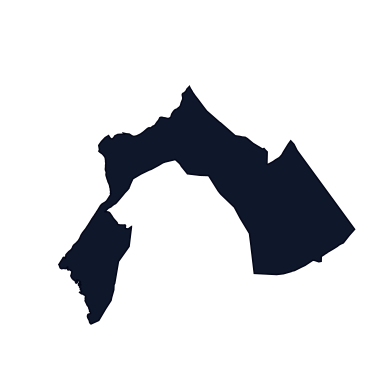 outline of Marquelia, Guerrero, Mexico, rotated 75°
{"feature_id": "50627088B62824552173050", "entity_name": "Marquelia", "entity_type": "district", "adm_level": 2, "iso_a3": "MEX", "parent_name": "Mexico", "parent_adm1": "Guerrero", "projection": "mercator", "projection_center": [-98.747, 16.624], "detail": "fine", "context": "isolated", "style": "filled", "palette": "ink", "viewbox_px": 384, "rotation_deg": 75, "n_neighbors": 0, "source": "geoboundaries", "source_scale": "gbopen_adm2", "svg_char_len": 6051}
<svg xmlns="http://www.w3.org/2000/svg" viewBox="0 0 384 384"><g transform="rotate(75 192 192)"><path d="M274.6,51.4L270.1,44.6L179.1,79.8L172.3,81.2L168.1,83.4L170.8,86.7L177.0,93.3L179.3,95.5L179.7,96.0L180.8,97.8L181.3,98.4L182.6,103.0L183.7,105.9L184.3,108.5L184.6,109.7L184.8,110.8L185.1,111.6L184.5,112.1L184.0,112.3L172.7,109.0L170.7,110.2L169.2,110.9L168.6,111.2L168.8,112.6L168.8,112.8L160.8,120.5L154.8,124.7L152.9,126.5L151.9,129.3L150.7,131.5L148.9,135.7L132.5,146.7L132.4,147.0L117.6,156.9L112.8,158.9L103.3,162.7L99.6,164.3L98.6,164.6L95.7,165.7L94.8,165.8L93.7,166.2L92.8,166.4L92.7,166.5L89.7,167.2L89.4,167.2L91.3,170.3L92.7,171.4L93.3,172.4L93.9,173.2L94.2,174.0L94.4,175.2L94.8,175.8L95.2,176.1L95.8,176.3L98.7,176.5L99.9,177.0L100.6,177.4L101.4,178.1L103.3,179.5L104.3,180.0L105.3,180.6L106.1,181.3L106.5,181.8L106.8,182.3L107.0,183.0L107.3,183.7L107.7,184.3L107.9,184.8L108.2,187.0L108.6,187.9L109.5,189.2L110.3,190.1L111.2,191.1L111.9,191.6L112.6,192.1L113.5,192.5L113.9,192.8L114.3,193.4L114.6,193.9L114.8,194.6L114.9,195.9L114.6,196.8L114.2,197.4L113.8,198.3L113.4,198.8L113.1,199.8L112.0,201.8L111.8,202.5L111.8,203.3L111.9,203.8L112.4,204.3L113.4,205.0L114.4,206.2L115.2,207.4L116.9,209.4L117.5,209.9L117.9,210.8L118.3,211.9L118.3,212.8L118.9,214.0L119.6,216.2L119.2,216.3L118.8,216.8L119.1,218.5L121.4,223.2L122.7,226.7L123.5,231.0L123.3,233.9L122.2,235.5L119.8,237.6L118.8,240.4L117.4,243.0L118.5,242.7L118.2,244.3L117.2,248.7L117.8,251.9L119.2,253.5L120.4,255.6L118.8,257.1L115.9,258.0L117.0,261.8L119.8,266.4L122.8,270.0L127.1,270.4L128.1,271.0L128.4,271.4L128.9,271.1L129.5,270.8L129.9,270.4L131.0,269.6L131.4,269.2L131.9,268.8L132.8,268.3L134.8,267.4L135.7,267.1L136.7,267.0L138.4,267.2L139.2,267.3L140.2,267.6L142.0,267.8L144.0,268.6L144.9,268.8L145.8,269.1L146.8,269.5L147.6,269.8L148.6,269.9L150.4,269.7L151.0,269.8L153.0,270.6L153.9,270.7L157.5,270.6L158.5,270.5L159.2,270.4L159.9,270.4L160.3,270.5L160.7,270.4L161.5,270.2L162.1,270.1L163.9,269.9L165.5,270.0L166.5,270.1L167.7,270.0L168.1,270.1L168.9,270.4L169.4,270.4L169.8,270.4L170.1,270.3L170.9,270.6L171.4,270.8L172.2,271.0L172.4,271.2L172.6,271.2L172.8,271.1L172.8,270.9L173.4,271.2L173.9,271.5L174.3,272.0L174.6,272.5L175.6,273.5L178.2,276.4L178.7,277.1L179.0,277.8L179.5,279.0L179.8,280.2L180.2,281.6L180.5,282.4L180.9,283.0L181.3,283.6L181.8,284.3L182.3,284.6L182.6,285.1L183.1,285.6L183.6,286.1L185.8,288.4L186.2,289.0L187.3,290.0L188.0,290.9L190.3,293.4L190.4,293.7L191.3,294.6L191.9,295.4L193.6,297.1L193.8,297.4L194.8,298.4L195.3,298.9L195.7,299.4L197.5,301.3L197.8,301.7L198.2,302.2L198.9,302.9L199.4,303.5L200.0,304.1L201.0,305.5L202.8,307.9L203.3,308.5L204.2,309.4L204.9,310.2L205.2,310.4L206.0,311.1L207.0,311.8L208.5,313.2L209.6,314.4L209.9,314.9L210.3,315.3L210.5,315.8L210.6,316.1L211.0,316.5L211.2,316.9L211.5,317.5L212.7,320.0L213.5,320.9L214.1,321.4L214.7,321.8L215.5,322.4L216.4,323.6L216.9,324.5L217.7,326.5L218.7,328.0L219.0,328.6L219.4,329.0L219.8,329.8L220.2,330.0L220.8,330.3L221.2,330.4L221.5,330.4L221.6,330.5L221.8,330.7L223.1,331.4L222.6,332.0L222.2,332.0L222.0,332.4L221.9,332.8L221.9,333.1L222.0,333.4L223.3,334.6L225.6,337.2L226.7,338.3L227.6,339.4L228.2,339.2L230.9,339.0L231.3,338.9L231.8,338.4L232.3,337.9L232.4,337.6L232.4,337.1L232.3,336.7L232.6,335.6L233.2,334.3L233.3,333.8L233.3,333.2L233.1,333.0L232.6,332.7L232.3,332.1L232.3,331.9L232.3,331.6L233.0,331.7L234.4,332.2L235.1,332.0L235.3,331.7L235.2,330.8L235.3,330.6L235.6,330.1L236.4,329.4L237.1,328.8L237.3,328.7L237.8,328.6L238.1,328.7L238.6,329.0L240.4,329.9L241.3,330.6L242.4,330.7L244.8,330.0L245.6,329.4L246.1,329.3L246.7,328.5L248.6,327.5L249.1,327.8L249.4,327.9L250.0,327.5L250.1,327.2L250.0,326.5L249.2,326.0L248.7,325.4L248.0,326.1L248.0,326.4L247.6,326.4L247.3,326.0L247.3,325.4L247.8,324.7L249.5,323.1L250.1,323.1L250.1,324.1L250.7,324.6L251.4,324.4L251.4,324.2L251.3,323.7L252.6,323.4L253.0,323.5L253.0,323.9L253.3,324.6L253.2,324.7L252.7,324.8L251.7,325.4L252.2,325.7L252.7,325.7L253.0,325.5L253.7,325.0L254.2,324.8L254.3,324.8L254.6,325.1L254.8,325.2L255.9,324.6L256.6,324.4L256.7,324.5L256.7,324.9L257.2,325.1L257.8,324.9L258.8,324.3L259.1,324.3L259.5,324.4L259.8,324.8L259.9,325.0L259.6,326.0L259.9,326.5L261.7,325.1L261.8,324.9L262.0,324.4L262.2,324.0L263.4,322.9L263.8,322.3L264.7,321.9L264.9,321.8L265.2,321.8L267.2,322.7L268.1,322.7L269.4,323.4L271.4,323.0L274.4,322.5L275.6,321.9L276.2,321.7L278.4,321.7L279.6,321.4L280.4,321.8L280.8,321.8L281.9,321.2L282.2,321.2L282.7,321.3L283.0,321.4L283.2,322.1L283.3,322.7L283.2,323.5L283.3,324.0L283.7,324.5L284.4,324.9L285.2,325.2L286.5,325.2L289.5,324.5L290.2,324.5L291.2,324.6L291.7,324.5L292.6,324.2L293.3,323.7L291.9,315.3L282.4,305.6L275.8,298.3L273.0,296.9L266.3,292.9L261.4,291.4L260.2,290.3L240.0,281.0L228.3,266.9L210.2,259.6L209.8,259.5L209.9,259.9L210.1,260.3L210.6,261.6L211.2,263.2L211.1,263.5L210.2,265.5L209.9,265.8L209.6,265.9L208.5,265.4L207.1,264.9L206.9,265.0L206.6,265.1L206.4,265.5L206.3,266.4L205.4,269.6L205.0,270.6L204.8,271.0L204.0,272.1L203.6,272.3L202.5,272.3L202.1,272.3L197.5,274.6L196.2,275.1L194.7,275.5L192.8,276.2L191.3,276.7L190.4,277.2L190.0,277.6L189.5,278.3L188.9,280.0L188.5,281.0L188.0,280.5L186.0,277.2L185.3,273.9L185.1,273.7L184.0,271.3L183.4,269.4L183.5,269.3L183.1,268.3L182.0,266.6L177.0,259.4L175.3,257.1L173.4,253.9L172.4,252.6L171.9,251.9L171.6,251.9L170.3,250.8L169.0,249.9L166.9,248.2L163.9,245.7L161.4,236.7L159.7,227.9L159.5,225.5L157.5,217.1L156.2,212.6L156.0,210.1L156.3,199.7L161.2,196.6L162.6,196.0L164.6,195.5L165.6,195.0L172.6,191.9L173.2,191.7L177.9,179.9L180.4,171.7L197.6,166.4L200.0,165.4L201.7,164.6L217.6,155.0L230.0,152.1L246.9,147.2L258.5,148.8L261.1,149.2L262.4,149.4L266.1,149.9L286.7,152.9L293.6,131.6L294.6,124.8L294.5,117.1L294.3,117.1L294.3,115.3L294.4,113.5L294.3,112.9L292.8,105.7L292.1,101.8L289.1,92.8L289.9,91.1L291.4,88.8L292.2,87.6L292.4,85.2L287.7,83.8L286.6,80.3L286.3,79.7L285.6,77.3L285.4,77.2L283.7,71.0L282.1,65.7L281.3,64.0L280.7,61.7L280.3,59.0L274.6,51.4Z" fill="#0f172a" stroke="#020617" stroke-width="1.5"/></g></svg>